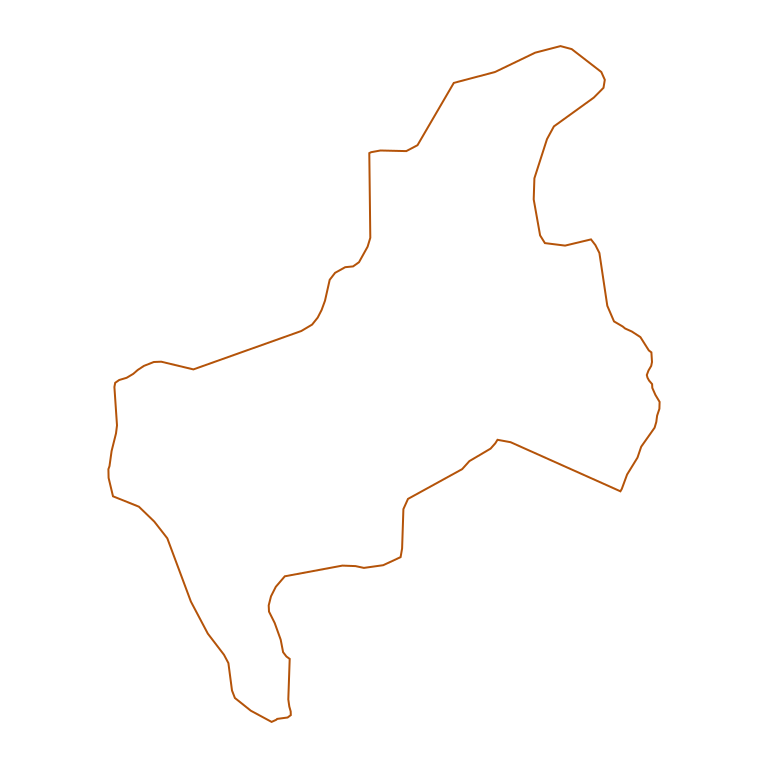 Yazd, Natural Earth projection
{"feature_id": "IRN-3217", "entity_name": "Yazd", "entity_type": "Province", "adm_level": 1, "iso_a3": "IRN", "parent_name": "Iran", "parent_adm1": "", "projection": "natural_earth1", "projection_center": [55.694, 32.497], "detail": "fine", "context": "isolated", "style": "outline", "palette": "amber", "viewbox_px": 768, "rotation_deg": 0, "n_neighbors": 0, "source": "natural_earth", "source_scale": "10m", "svg_char_len": 1606}
<svg xmlns="http://www.w3.org/2000/svg" viewBox="0 0 768 768"><path d="M193.4,369.4L301.3,331.0L312.1,324.6L317.7,317.6L321.6,310.0L325.0,300.7L329.7,279.8L335.1,272.8L345.2,267.2L353.1,266.4L359.0,262.2L367.6,246.7L370.3,237.8L369.3,153.4L369.3,153.1L371.1,152.2L380.4,150.5L406.3,151.1L417.5,145.2L453.8,82.9L495.0,72.0L535.1,52.7L560.5,46.1L571.7,49.1L601.3,72.0L604.8,79.8L603.5,87.8L593.8,97.6L553.9,126.4L547.0,139.1L534.4,178.3L533.7,199.4L540.1,235.4L544.9,243.1L565.1,245.6L591.0,239.4L595.4,245.1L599.4,253.0L607.3,305.8L614.0,321.4L622.7,326.5L625.1,328.5L631.8,331.5L640.4,337.1L648.8,350.4L651.4,352.4L652.0,362.0L651.2,365.9L648.5,370.5L646.8,375.0L647.5,377.7L649.1,380.6L652.1,384.1L652.3,387.9L655.4,394.9L659.6,401.9L659.4,408.8L657.1,415.7L656.3,421.9L654.6,427.7L641.2,446.7L637.5,457.6L627.1,474.5L621.8,488.9L620.4,491.3L510.6,442.2L497.5,439.8L495.3,443.3L490.6,448.6L469.4,461.1L462.2,469.1L408.0,498.9L403.4,509.1L402.1,548.4L400.6,557.1L383.2,565.2L363.9,567.9L355.5,566.1L342.4,565.6L284.8,576.3L275.8,586.8L271.0,596.3L268.7,605.4L269.0,611.6L274.7,623.0L280.7,639.7L283.1,652.2L286.4,656.5L289.7,658.9L288.3,699.4L289.3,706.5L290.7,711.5L290.8,715.1L287.6,717.5L277.2,718.9L276.2,719.8L271.6,721.9L250.8,710.7L234.9,698.0L232.0,690.5L228.4,663.1L224.0,654.8L207.8,633.6L190.9,601.6L167.3,538.3L154.3,521.6L138.9,506.7L113.0,496.3L108.6,477.9L108.4,469.2L109.5,466.1L111.6,451.0L116.0,433.4L117.0,425.4L114.4,387.0L115.2,382.8L119.2,380.0L126.6,377.8L133.2,373.9L137.7,370.0L143.9,365.9L153.8,362.0L161.2,361.7L193.4,369.4Z" fill="none" stroke="#b45309" stroke-width="2"/></svg>